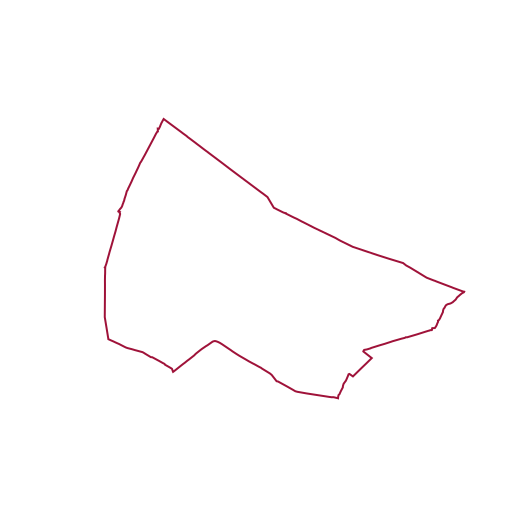 the district of Buftea, Ilfov, Romania, rotated 63°
{"feature_id": "2599482B99288880731424", "entity_name": "Buftea", "entity_type": "district", "adm_level": 2, "iso_a3": "ROU", "parent_name": "Romania", "parent_adm1": "Ilfov", "projection": "robinson", "projection_center": [25.955, 44.56], "detail": "fine", "context": "isolated", "style": "outline", "palette": "rose", "viewbox_px": 512, "rotation_deg": 63, "n_neighbors": 0, "source": "geoboundaries", "source_scale": "gbopen_adm2", "svg_char_len": 4121}
<svg xmlns="http://www.w3.org/2000/svg" viewBox="0 0 512 512"><g transform="rotate(63 256 256)"><path d="M197.6,396.0L197.8,395.9L198.1,395.7L198.6,396.0L199.7,396.6L202.2,397.9L203.7,398.7L204.5,399.2L209.0,401.6L213.0,403.6L221.6,408.0L241.8,418.5L250.6,421.3L252.2,421.8L263.1,425.3L265.5,423.4L267.3,421.9L269.4,420.3L270.1,419.7L270.4,419.5L272.2,418.0L275.0,416.0L276.1,415.2L278.3,413.6L279.6,412.4L281.1,410.7L282.5,409.1L284.1,407.4L284.6,406.9L290.2,400.7L292.2,399.4L292.3,399.4L298.4,395.6L299.1,394.4L304.9,390.4L305.3,390.1L309.1,387.6L310.6,386.5L311.6,386.4L315.7,383.7L316.5,383.2L318.1,382.2L318.4,382.1L318.6,382.1L320.1,382.3L321.4,382.5L321.6,382.5L321.4,381.2L320.8,378.2L319.5,371.9L319.1,369.8L318.9,368.6L318.9,368.4L318.1,364.7L317.8,362.8L316.5,356.2L315.9,354.5L315.6,353.3L314.5,347.9L314.2,346.1L313.6,341.4L313.5,339.7L312.6,333.5L312.8,332.2L313.1,331.2L314.0,330.1L315.3,328.9L316.9,327.7L319.2,326.3L326.6,322.2L328.4,321.2L328.8,321.0L330.2,320.3L334.4,317.9L337.4,316.1L339.4,314.8L341.7,313.3L343.7,312.0L346.7,310.1L350.6,307.4L351.1,307.0L351.7,306.6L352.4,306.1L354.8,304.5L357.1,302.9L357.7,302.4L359.0,301.8L367.0,296.9L369.1,296.0L376.9,294.5L377.9,293.3L386.9,287.2L391.9,283.9L394.3,282.4L395.7,280.9L401.5,273.2L415.1,254.3L415.5,253.7L416.4,252.4L416.7,251.5L417.5,250.4L418.9,248.8L419.6,247.9L420.0,247.5L419.5,247.2L418.9,246.8L418.2,246.3L417.4,245.6L417.0,244.3L416.3,243.5L415.6,242.6L415.1,242.0L413.6,239.9L412.5,238.3L412.1,238.1L411.0,237.3L409.6,235.9L409.0,234.7L408.3,233.3L408.1,233.0L408.1,232.8L407.7,232.3L407.2,231.6L405.0,229.0L404.5,228.4L403.4,227.2L403.5,226.3L407.3,224.3L403.7,212.8L401.8,206.5L399.5,199.2L389.8,203.7L389.7,203.7L389.0,202.7L388.8,202.2L389.6,199.6L390.3,195.7L390.2,195.3L391.2,189.4L391.8,185.9L392.7,181.2L393.8,174.2L393.9,173.3L395.7,164.0L396.5,160.6L396.4,159.5L396.7,158.9L397.0,158.4L398.9,148.3L400.6,138.1L401.1,135.3L401.2,135.2L401.2,134.4L401.8,133.1L401.7,132.7L400.8,132.2L400.3,131.7L401.4,129.4L400.5,127.7L399.9,126.8L399.6,126.4L398.4,125.1L397.5,123.9L397.1,123.5L396.2,123.2L396.1,122.3L396.0,121.8L394.9,120.1L393.9,118.9L390.8,114.9L390.7,114.8L390.3,114.6L389.7,114.2L388.5,113.1L388.0,112.3L387.8,111.6L386.9,110.4L386.2,109.3L386.0,108.2L386.0,106.9L386.4,105.1L386.5,105.0L386.6,103.5L386.5,102.1L386.5,101.6L386.3,101.1L385.5,97.9L384.3,95.8L384.2,95.5L384.0,95.0L383.8,93.9L383.5,92.8L383.2,91.7L382.9,90.2L382.8,89.7L382.7,89.3L382.7,88.8L382.7,87.2L382.3,86.7L382.2,86.8L382.1,87.1L381.8,87.4L380.7,88.5L378.0,91.0L373.9,94.8L372.6,95.9L366.9,101.1L360.5,106.9L359.4,107.8L358.4,108.8L352.8,113.8L336.4,123.9L332.6,126.5L329.1,128.1L318.6,139.0L310.0,147.7L291.8,165.6L281.0,173.7L279.1,175.0L276.0,177.0L257.5,191.2L247.3,198.6L246.0,199.6L245.7,199.8L241.4,202.8L238.8,204.9L237.7,205.7L237.6,205.8L231.5,210.3L231.3,210.1L230.2,211.4L229.4,212.1L227.1,213.8L223.6,216.4L222.8,216.9L222.7,217.0L221.1,218.2L219.8,218.3L209.0,219.0L208.7,219.0L203.3,221.6L201.8,222.4L176.0,235.1L166.2,239.9L156.4,244.6L146.6,249.4L136.8,254.2L122.9,260.9L118.9,262.9L118.0,263.2L117.7,263.3L113.4,265.5L111.7,266.3L92.0,276.1L94.6,279.9L96.1,281.7L97.2,282.9L97.9,283.9L98.3,284.4L98.6,284.9L97.9,285.7L100.1,286.7L100.0,286.8L101.6,289.5L104.2,293.1L116.0,309.9L116.1,310.1L117.8,312.6L119.6,315.3L120.0,316.0L120.2,316.4L120.2,316.5L120.3,316.7L120.5,317.0L122.2,319.0L123.8,321.0L125.4,323.1L127.5,325.8L129.5,328.5L130.6,330.0L133.0,332.9L135.7,336.4L137.8,339.2L139.2,340.8L139.5,341.6L139.7,341.8L142.4,344.2L144.7,346.5L145.1,347.0L145.3,347.1L145.7,347.4L146.0,347.7L146.4,348.1L146.9,348.4L147.3,349.0L147.5,349.3L148.1,349.8L149.6,351.5L149.9,351.8L150.4,352.2L151.4,353.5L151.8,354.2L152.5,356.0L152.8,356.5L153.2,357.4L153.4,358.0L153.8,358.4L154.9,357.4L155.1,357.8L155.3,358.0L156.2,357.8L156.9,358.0L160.3,360.9L166.8,366.9L170.4,370.1L173.9,373.4L177.4,376.6L181.8,380.7L186.0,384.7L187.7,386.2L189.5,387.9L190.5,388.8L191.9,390.1L192.9,390.9L193.4,391.4L193.8,391.8L194.9,392.8L196.5,394.5L197.3,395.3L197.4,395.6L197.5,395.9L197.6,396.0Z" fill="none" stroke="#9f1239" stroke-width="2"/></g></svg>